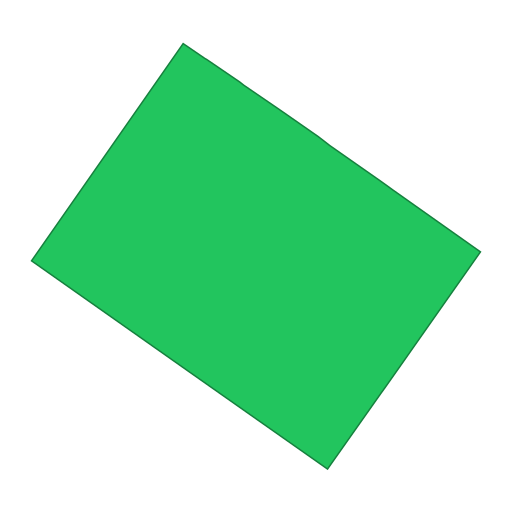 the district of Uinta, Wyoming, United States of America, rotated 215°
{"feature_id": "52423323B13546704398274", "entity_name": "Uinta", "entity_type": "district", "adm_level": 2, "iso_a3": "USA", "parent_name": "United States of America", "parent_adm1": "Wyoming", "projection": "natural_earth1", "projection_center": [-110.653, 41.287], "detail": "fine", "context": "isolated", "style": "filled", "palette": "green", "viewbox_px": 512, "rotation_deg": 215, "n_neighbors": 0, "source": "geoboundaries", "source_scale": "gbopen_adm2", "svg_char_len": 414}
<svg xmlns="http://www.w3.org/2000/svg" viewBox="0 0 512 512"><g transform="rotate(215 256 256)"><path d="M74.7,272.2L74.5,388.1L182.1,388.6L195.1,388.8L258.8,388.8L273.1,389.5L318.5,389.4L364.0,388.9L368.7,389.2L409.4,388.7L410.9,388.5L437.5,388.2L437.1,123.3L244.3,122.8L75.2,122.5L75.2,129.0L74.9,214.7L74.8,222.5L74.7,256.7L74.7,272.2L74.7,272.2Z" fill="#22c55e" stroke="#15803d" stroke-width="1.5"/></g></svg>